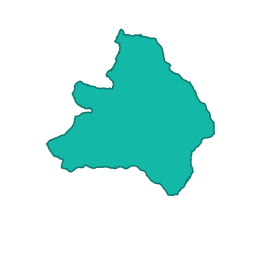 outline of Bruiu, Sibiu, Romania, rotated 143°
{"feature_id": "2599482B45043603267920", "entity_name": "Bruiu", "entity_type": "district", "adm_level": 2, "iso_a3": "ROU", "parent_name": "Romania", "parent_adm1": "Sibiu", "projection": "equal_earth", "projection_center": [24.694, 45.868], "detail": "fine", "context": "isolated", "style": "filled", "palette": "teal", "viewbox_px": 256, "rotation_deg": 143, "n_neighbors": 0, "source": "geoboundaries", "source_scale": "gbopen_adm2", "svg_char_len": 5783}
<svg xmlns="http://www.w3.org/2000/svg" viewBox="0 0 256 256"><g transform="rotate(143 128 128)"><path d="M138.2,194.2L140.4,194.7L141.9,194.7L142.9,194.6L144.0,194.3L145.9,193.2L146.6,191.7L147.7,190.7L149.6,189.6L151.2,189.3L151.7,188.9L152.2,188.2L152.2,186.9L152.4,186.6L152.3,186.4L152.7,184.9L153.0,184.6L152.8,183.7L153.2,182.9L153.4,181.7L154.0,181.2L153.9,177.6L153.6,177.5L153.5,177.1L153.7,176.4L153.2,175.8L153.3,175.3L153.1,174.9L152.5,174.1L152.0,173.8L152.3,173.4L152.4,173.0L152.1,172.9L152.1,172.5L151.4,171.4L150.5,170.5L150.7,169.9L150.4,169.7L150.4,169.3L149.6,168.9L149.5,168.6L149.2,168.6L148.4,167.5L147.8,167.5L147.3,167.2L146.8,167.3L146.5,167.0L146.7,166.8L146.7,166.5L146.2,166.7L145.8,166.0L146.1,164.7L145.6,164.1L145.9,163.8L145.9,163.4L147.9,162.2L148.1,162.1L149.1,163.5L151.3,165.1L155.7,167.4L159.7,167.1L163.1,168.9L167.8,164.6L171.0,162.8L173.5,162.2L174.3,162.2L177.3,161.7L178.9,161.7L182.4,160.8L183.3,160.9L184.9,161.8L186.2,162.2L191.3,163.2L192.1,163.7L193.1,163.7L193.9,164.2L194.8,164.3L195.1,164.1L196.0,164.3L196.2,164.6L196.7,164.6L197.0,165.0L197.7,165.1L199.5,165.0L200.8,164.4L201.5,164.3L201.7,164.1L202.0,164.3L202.4,164.3L201.9,163.7L202.8,162.7L203.0,162.0L202.8,161.7L202.8,161.3L203.7,158.3L204.0,150.5L203.5,149.3L203.0,149.0L202.8,148.6L202.4,148.3L202.3,147.7L201.6,147.7L201.0,147.3L201.3,146.8L201.2,145.1L200.5,144.1L200.1,143.9L200.2,143.6L199.9,143.5L198.8,142.3L198.9,142.0L198.7,141.8L198.8,141.6L203.4,138.2L205.0,136.3L203.1,133.6L201.4,132.5L201.4,132.2L201.7,131.6L201.7,130.9L201.3,130.1L200.9,128.3L199.6,127.2L198.9,127.1L196.2,126.9L194.1,127.2L192.2,126.8L190.6,126.0L188.8,124.2L187.3,123.5L185.0,124.1L184.1,123.8L181.6,118.7L180.4,117.5L179.6,116.3L178.2,115.8L176.5,115.6L175.1,114.4L174.0,113.8L172.8,112.6L170.8,111.5L170.3,111.5L170.1,111.0L169.7,110.9L168.8,110.1L168.4,110.1L168.3,109.6L167.1,108.4L166.3,106.9L164.5,105.4L163.0,103.7L162.9,103.8L162.9,103.4L161.3,102.9L159.8,102.6L159.5,102.8L158.4,102.3L156.4,100.8L156.0,100.4L156.2,99.7L154.8,98.2L154.7,97.0L152.9,96.2L148.1,95.7L145.0,93.5L144.0,91.8L143.4,89.0L143.4,87.8L143.2,86.7L140.9,83.9L140.6,83.3L140.6,81.7L140.8,81.1L141.2,79.7L141.7,79.1L141.2,76.6L141.3,73.6L141.1,71.5L140.2,70.2L140.3,69.8L140.3,69.1L138.6,66.5L137.6,65.6L136.3,65.1L136.1,64.6L136.3,64.1L136.2,63.9L136.1,63.1L135.5,62.6L135.8,58.7L135.6,56.0L135.8,53.3L136.1,51.6L136.1,50.2L133.9,48.5L132.7,47.1L130.2,46.5L129.6,46.1L128.6,45.0L127.9,45.6L127.3,45.7L126.8,46.5L125.8,46.7L123.7,46.8L122.9,47.5L118.9,47.2L118.2,47.7L116.9,48.1L116.4,48.9L114.9,49.0L114.0,49.6L113.5,49.7L113.7,49.8L113.4,49.9L113.5,50.2L113.2,50.5L112.5,50.4L112.6,50.5L112.1,50.6L111.9,50.9L110.5,50.9L110.3,50.7L109.6,50.8L109.6,51.0L109.3,50.8L108.4,51.1L108.1,51.3L108.1,51.5L107.8,51.2L105.4,53.1L102.7,53.6L102.0,54.6L101.0,57.0L100.4,58.5L100.4,59.2L100.1,60.2L98.6,62.6L97.6,64.0L96.5,64.8L96.2,65.8L95.8,66.5L92.7,69.0L91.0,71.0L90.2,70.4L88.8,70.2L88.0,70.4L86.7,71.2L85.5,71.5L84.4,71.6L83.8,71.2L83.1,71.1L78.6,72.3L76.9,73.6L75.3,74.4L73.4,74.2L71.6,73.3L70.8,72.6L67.5,71.2L66.0,71.0L64.3,71.5L62.6,71.5L62.2,72.3L61.4,73.2L61.0,73.9L60.1,75.4L59.4,76.0L58.7,77.3L57.5,78.5L57.4,78.6L57.8,78.4L56.3,81.1L56.2,81.0L56.1,81.8L56.4,82.8L56.3,83.9L56.5,85.7L56.0,87.1L55.4,87.5L54.8,89.1L53.9,90.5L53.8,91.5L54.1,92.5L54.1,93.8L53.8,96.3L52.7,98.7L52.2,100.4L52.3,101.7L53.5,102.8L54.2,104.0L54.5,105.1L54.6,107.1L54.3,108.8L54.4,110.4L53.8,112.2L53.9,112.7L53.2,113.6L53.3,114.3L52.7,115.2L52.3,116.6L52.4,119.3L51.9,120.4L51.6,121.8L51.5,124.7L51.5,125.6L51.1,126.6L51.0,127.3L52.3,128.3L53.4,131.2L54.9,133.7L55.2,138.6L55.1,140.0L56.4,141.8L57.0,142.2L57.9,144.0L58.3,144.6L59.1,147.4L59.4,148.0L59.4,148.4L59.9,148.8L60.0,149.5L59.2,149.9L58.2,151.7L57.4,152.2L56.3,152.5L56.5,153.4L56.5,154.2L57.1,155.7L57.6,156.3L58.3,158.5L58.6,159.8L58.0,160.3L57.1,162.4L57.2,162.5L57.0,163.0L56.0,164.3L55.9,164.8L55.3,165.7L55.2,166.3L54.6,167.1L54.4,168.2L54.0,169.1L53.3,169.8L52.8,172.0L52.7,174.3L53.4,178.8L52.2,182.1L52.8,183.6L53.5,184.3L54.8,185.0L55.2,185.7L56.3,186.0L57.2,188.0L61.9,193.2L62.1,193.1L61.9,193.3L62.4,193.5L62.2,193.7L62.9,193.5L63.1,193.3L63.2,193.5L62.5,194.0L62.1,193.9L62.8,195.1L62.5,195.3L63.8,195.8L65.0,196.9L65.6,196.9L65.7,197.3L66.7,197.8L66.6,198.0L68.5,198.0L68.7,198.3L69.0,199.1L70.5,200.6L71.8,202.5L73.1,202.9L73.4,203.4L73.9,203.5L73.9,203.8L74.9,205.0L75.0,205.8L74.8,206.0L74.1,206.1L73.7,207.7L73.5,208.0L73.5,208.8L74.0,210.9L74.9,211.0L76.7,210.1L80.1,207.9L81.6,207.4L82.6,207.4L83.1,206.1L82.8,206.0L82.9,205.8L83.9,205.5L85.3,205.5L86.4,205.0L86.1,203.9L85.6,203.3L85.6,202.6L84.2,201.4L84.0,201.1L84.2,200.9L83.9,200.5L83.9,200.3L84.7,199.9L85.2,199.4L85.5,198.7L85.6,197.5L85.9,196.8L86.7,196.7L86.9,195.8L87.6,195.3L88.4,194.5L90.1,194.0L89.8,192.9L92.3,192.8L95.0,191.1L96.3,190.9L96.7,190.0L96.2,188.6L96.3,188.5L97.1,188.1L98.1,188.0L99.2,187.3L101.6,186.3L104.2,184.9L105.6,185.0L106.0,184.6L106.2,184.0L106.6,183.6L106.8,183.7L106.8,184.0L106.3,184.4L106.6,184.8L108.0,184.7L108.6,185.0L108.6,185.3L108.8,185.4L109.2,185.1L110.9,184.9L111.7,184.3L113.0,183.9L114.1,182.0L113.8,181.7L113.2,181.6L112.8,180.8L112.5,179.3L112.7,178.1L112.5,176.3L111.8,174.1L112.6,173.5L113.0,172.7L113.2,171.0L114.3,170.5L115.0,170.6L116.1,169.2L116.9,168.5L118.1,169.9L118.5,170.8L119.4,170.7L120.3,171.2L121.1,172.2L122.0,172.8L122.7,173.8L125.1,175.6L125.7,175.8L126.4,176.3L129.1,179.0L129.6,179.7L129.5,180.1L129.8,180.8L129.8,181.2L130.6,181.8L131.0,182.4L132.7,183.9L132.8,184.5L133.1,184.4L133.9,185.3L133.9,186.0L134.4,186.2L134.4,186.5L134.6,186.8L134.2,186.9L134.8,187.5L135.5,188.7L135.9,189.1L136.7,189.8L137.0,190.5L137.2,192.3L137.5,192.9L138.2,193.6L138.2,194.2Z" fill="#14b8a6" stroke="#0f766e" stroke-width="1.5"/></g></svg>